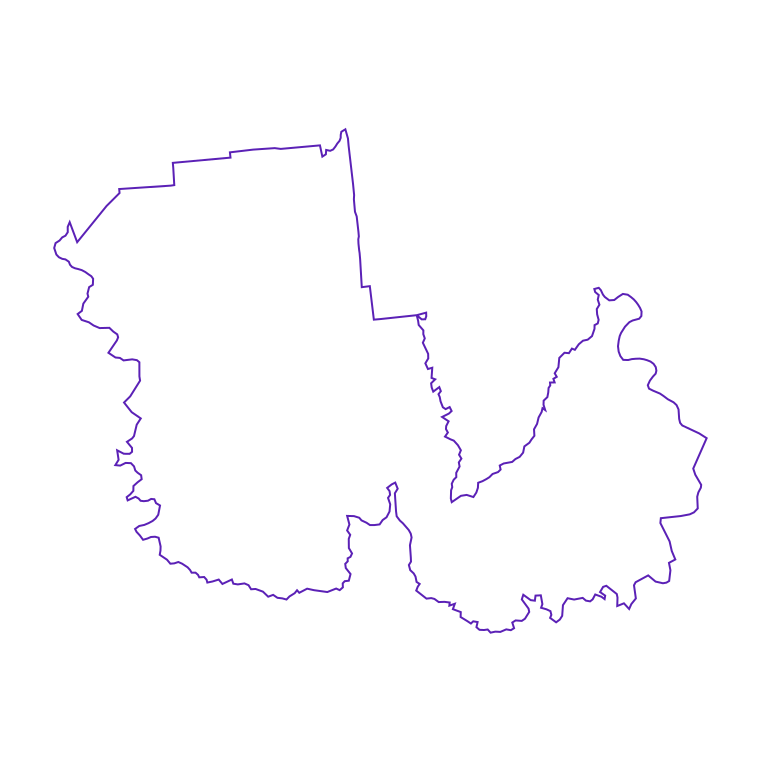 the district of Caxias do Sul, Rio Grande do Sul, Brazil, rotated 85°
{"feature_id": "56859067B1705009335858", "entity_name": "Caxias do Sul", "entity_type": "district", "adm_level": 2, "iso_a3": "BRA", "parent_name": "Brazil", "parent_adm1": "Rio Grande do Sul", "projection": "orthographic", "projection_center": [-50.991, -29.075], "detail": "fine", "context": "isolated", "style": "outline", "palette": "violet", "viewbox_px": 768, "rotation_deg": 85, "n_neighbors": 0, "source": "geoboundaries", "source_scale": "gbopen_adm2", "svg_char_len": 6148}
<svg xmlns="http://www.w3.org/2000/svg" viewBox="0 0 768 768"><g transform="rotate(85 384 384)"><path d="M306.9,161.7L307.7,166.2L310.8,165.6L314.1,162.3L318.6,163.7L323.8,162.5L327.9,165.5L333.2,165.6L338.8,164.6L342.3,165.8L343.7,169.1L347.4,169.5L354.4,172.6L357.6,177.2L358.2,182.0L361.4,186.5L366.6,190.9L365.1,193.7L369.4,197.1L368.6,201.5L373.3,207.1L382.5,208.8L388.2,213.0L391.9,211.3L393.6,214.8L397.3,213.9L397.0,218.5L399.9,218.5L402.3,220.4L406.7,221.1L411.3,222.4L414.5,226.4L418.6,226.9L424.0,225.7L421.9,228.2L425.6,229.4L430.8,232.9L437.1,235.0L442.2,238.5L448.7,238.7L452.1,241.9L455.2,244.3L458.4,249.6L464.5,251.4L468.4,255.2L470.2,259.6L472.8,263.1L473.6,271.7L475.3,275.8L479.4,275.3L481.7,278.1L483.1,283.7L486.0,287.1L487.6,290.2L489.4,294.4L490.6,298.8L495.6,299.5L500.2,301.5L504.4,304.8L501.7,311.3L502.1,317.1L507.6,326.8L503.9,327.4L495.7,326.4L492.7,325.0L489.3,325.2L485.4,322.9L483.1,320.1L478.8,319.8L472.8,315.9L468.6,316.3L465.1,313.4L461.0,315.4L456.7,313.2L451.4,315.7L446.5,319.4L444.9,322.6L441.7,327.8L437.9,324.6L434.3,326.2L431.3,325.7L426.8,322.9L421.9,329.0L419.1,321.9L416.8,319.0L412.7,320.6L414.4,324.8L412.3,327.4L406.1,329.2L401.9,329.6L398.9,330.6L396.1,328.0L391.9,329.2L395.9,335.6L391.6,336.8L387.4,337.0L383.8,332.6L382.1,336.1L372.0,334.5L372.9,338.9L367.0,341.0L362.4,337.7L357.8,337.4L346.3,341.7L342.1,339.4L337.8,340.5L334.0,340.1L328.2,344.3L324.0,344.5L318.3,345.4L319.0,381.9L319.0,388.5L285.3,389.6L285.6,397.7L257.8,396.9L251.4,396.9L248.2,397.1L241.9,397.2L237.6,397.0L234.8,396.2L230.3,396.2L214.7,396.6L209.9,397.9L197.3,397.9L193.2,397.3L182.1,397.4L143.4,398.5L136.3,398.5L126.9,400.3L129.0,404.5L132.1,405.4L135.0,405.7L137.9,407.1L140.4,409.6L143.2,411.7L145.9,414.2L147.0,417.3L145.8,421.2L150.1,421.9L152.1,425.6L140.7,427.0L140.8,466.4L139.5,472.3L139.1,494.0L139.8,517.3L145.1,517.2L145.3,575.1L150.3,575.1L167.6,575.6L167.8,579.2L166.7,630.8L170.7,630.8L182.5,644.9L216.0,677.3L195.4,683.0L199.9,685.4L205.2,685.8L208.5,688.4L209.9,691.8L212.8,694.7L215.0,698.9L219.8,700.7L226.5,699.1L229.4,696.8L231.3,693.6L232.1,690.5L234.7,687.3L237.8,686.4L240.2,684.6L241.8,681.7L242.8,678.7L244.2,675.2L246.4,671.8L249.0,668.8L251.1,666.2L253.8,664.6L259.8,665.4L261.8,669.3L268.1,671.5L271.3,671.0L277.7,676.5L284.8,678.6L287.6,683.1L293.8,679.6L296.8,672.6L300.4,668.2L303.5,662.4L304.1,652.7L308.2,649.1L311.3,645.4L314.3,644.8L317.3,646.3L328.9,655.8L334.2,649.2L335.0,644.8L337.8,641.4L337.5,632.7L338.7,628.1L341.0,625.8L355.1,627.0L359.4,626.7L374.2,637.9L379.8,644.6L390.1,637.8L397.1,629.3L403.0,633.9L414.1,637.6L416.3,639.7L419.2,645.1L425.7,640.6L429.6,640.9L431.4,643.5L430.8,649.3L426.8,655.6L436.4,655.0L441.4,658.7L442.3,653.9L440.1,648.3L440.8,643.0L444.3,640.2L448.5,639.3L450.9,637.2L453.7,633.9L457.7,633.7L460.4,638.0L463.8,642.5L468.6,643.0L471.9,646.5L474.3,650.2L477.6,649.5L474.7,641.4L476.7,638.4L479.1,636.7L479.8,633.5L479.7,629.3L478.2,626.0L478.8,622.8L482.8,621.5L485.5,617.7L494.6,620.3L498.1,623.3L500.3,626.5L502.1,630.7L503.5,635.1L504.1,640.2L506.7,644.6L509.7,643.4L513.6,640.4L518.2,637.6L517.3,633.1L516.1,629.5L516.2,625.4L517.5,621.9L526.3,620.7L530.5,621.2L534.6,622.3L540.1,615.5L544.4,612.5L544.4,608.6L543.4,604.4L545.4,600.8L549.5,595.6L552.4,593.4L555.2,592.1L555.5,588.2L557.9,585.9L560.5,584.9L560.6,580.0L563.5,577.8L566.4,577.3L565.8,572.1L564.4,565.7L569.1,562.4L565.5,552.6L569.8,551.5L570.9,547.1L570.5,540.4L572.6,536.5L576.9,534.3L577.0,529.8L580.3,522.7L585.8,517.9L584.4,512.8L587.7,508.8L588.7,504.0L590.2,499.9L587.4,496.7L584.6,491.2L581.9,488.6L584.6,486.6L581.2,478.4L583.3,471.7L586.3,458.6L583.6,449.5L585.5,446.1L583.0,442.7L579.0,442.5L577.0,440.3L576.9,436.2L570.4,433.9L564.0,438.1L559.8,438.3L557.5,435.6L554.5,435.4L553.3,432.5L550.0,430.6L544.4,433.3L535.2,432.6L531.3,430.8L526.7,433.5L521.0,430.7L512.2,432.2L513.0,425.4L515.1,420.3L517.9,418.3L520.7,413.5L523.3,410.3L523.7,406.1L523.5,400.6L519.4,397.2L517.0,393.1L511.5,389.6L504.4,388.3L497.8,389.9L495.0,387.6L491.2,387.8L487.8,389.9L484.7,385.1L483.2,381.4L489.5,379.5L493.8,382.7L511.9,383.1L516.9,382.9L521.4,380.1L524.4,377.3L531.6,372.1L535.4,370.4L539.3,369.9L546.9,372.2L559.0,372.4L563.3,372.6L566.5,375.0L571.7,374.1L575.3,370.9L578.6,369.4L584.0,368.8L586.3,365.9L588.8,368.0L592.6,369.9L601.5,360.4L601.4,355.6L602.5,352.5L606.0,348.5L606.3,342.7L607.4,337.6L610.5,338.2L609.1,332.6L614.3,335.0L617.9,327.4L622.8,328.0L627.6,321.5L630.2,318.3L628.2,315.8L629.3,311.5L634.3,313.1L637.2,310.3L637.8,305.8L637.6,302.1L641.0,299.5L640.4,294.7L641.1,289.7L639.1,283.6L640.3,279.1L638.6,275.7L632.8,277.0L631.0,273.5L632.0,267.4L630.1,264.0L623.7,259.2L620.3,259.6L610.6,265.5L606.1,263.6L612.1,256.7L613.0,252.6L608.0,251.5L608.2,246.2L617.1,245.4L620.6,247.0L622.6,241.8L624.8,238.0L628.6,237.4L631.5,238.9L636.4,233.3L634.0,229.4L630.5,226.7L619.9,225.0L613.4,219.8L615.3,213.4L614.4,204.7L617.4,201.7L618.5,197.6L616.7,194.9L612.1,191.9L614.9,185.9L617.5,183.0L614.1,182.1L610.1,186.9L605.2,183.4L604.4,180.1L613.5,170.4L617.1,170.0L625.5,171.0L623.4,164.1L629.5,159.4L624.8,156.8L619.6,151.8L606.3,152.5L603.4,150.6L597.7,137.5L604.5,130.7L606.8,123.5L606.5,120.0L605.1,117.1L594.5,114.9L587.0,115.7L584.2,109.1L575.4,111.9L565.7,113.2L546.6,120.8L541.8,119.9L541.4,99.9L540.5,90.8L538.9,86.4L535.3,82.3L523.6,81.8L519.4,80.3L514.9,77.4L512.1,76.8L501.5,81.8L495.2,83.3L466.1,67.3L460.7,74.3L451.3,90.5L448.5,92.4L444.5,93.0L435.0,92.8L430.5,94.4L427.5,97.1L423.9,102.6L420.2,106.7L417.6,109.9L414.0,116.7L411.7,120.4L408.2,121.3L403.8,118.8L400.0,115.4L397.4,112.5L394.5,111.5L390.9,111.8L387.4,113.7L384.9,116.5L383.2,119.9L382.0,123.0L381.0,127.1L380.8,131.0L380.8,135.0L381.4,138.7L380.8,143.6L376.8,146.1L372.2,147.4L366.8,147.6L361.3,146.4L356.8,145.0L353.8,143.4L347.9,138.9L343.8,134.2L342.4,130.8L341.2,124.1L338.7,121.7L334.2,121.1L330.5,122.3L327.1,124.0L324.3,125.7L321.5,127.8L319.0,130.3L316.3,133.4L315.1,138.2L317.7,143.2L320.4,147.3L320.3,152.3L316.5,156.5L314.0,158.1L309.4,159.8L306.9,161.7ZM318.3,345.4L322.9,340.8L323.1,337.3L320.2,336.0L316.6,335.8L318.3,345.4Z" fill="none" stroke="#5b21b6" stroke-width="2"/></g></svg>